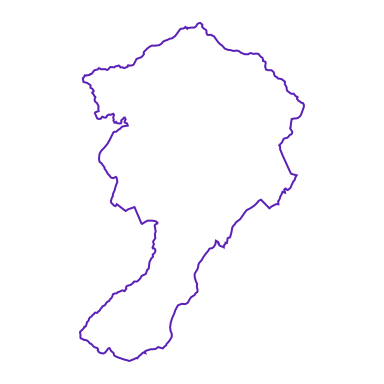 the district of San Francisco, Cundinamarca, Colombia
{"feature_id": "7082276B70253343693819", "entity_name": "San Francisco", "entity_type": "district", "adm_level": 2, "iso_a3": "COL", "parent_name": "Colombia", "parent_adm1": "Cundinamarca", "projection": "mercator", "projection_center": [-74.284, 4.953], "detail": "fine", "context": "isolated", "style": "outline", "palette": "violet", "viewbox_px": 384, "rotation_deg": 0, "n_neighbors": 0, "source": "geoboundaries", "source_scale": "gbopen_adm2", "svg_char_len": 5905}
<svg xmlns="http://www.w3.org/2000/svg" viewBox="0 0 384 384"><path d="M84.4,326.7L84.5,327.2L83.1,328.9L80.0,332.0L80.5,335.2L80.4,337.5L80.7,338.3L82.6,339.0L84.0,340.0L85.2,339.9L86.4,340.2L88.3,341.5L90.0,343.5L91.3,344.0L93.9,346.8L95.9,347.7L97.4,348.1L98.1,349.4L97.7,350.3L98.9,352.1L100.8,353.1L103.7,353.5L105.8,351.9L108.2,348.5L109.5,348.1L111.2,351.1L113.5,352.9L114.0,354.9L114.6,355.8L117.5,357.2L124.4,359.6L126.3,360.0L129.2,361.0L133.2,359.5L136.6,357.9L137.4,358.3L139.2,355.9L141.0,354.6L142.4,353.0L143.4,352.6L145.3,353.1L144.7,351.7L146.1,350.7L151.0,349.2L152.8,349.3L155.8,348.8L158.2,347.1L162.7,348.4L163.1,348.2L164.1,346.9L166.1,345.3L166.7,343.8L169.0,341.4L171.7,337.0L171.8,334.1L170.6,330.9L170.1,327.7L170.6,323.4L171.9,318.7L174.2,313.6L175.4,310.0L177.8,305.5L178.2,305.2L181.3,304.0L182.3,303.8L184.3,304.1L185.4,304.0L187.3,303.1L187.8,302.7L189.8,299.0L191.1,297.2L194.5,295.1L195.8,293.0L197.2,292.2L197.5,291.3L197.5,289.2L197.1,288.4L196.8,286.0L197.2,284.2L195.7,280.7L194.7,277.0L194.6,274.7L195.0,273.1L197.3,269.5L198.1,267.2L198.4,264.8L199.1,263.1L201.6,260.2L203.3,257.2L205.6,253.9L208.5,250.5L209.0,249.2L210.2,248.4L212.1,248.2L213.9,246.8L215.4,244.1L215.9,240.7L217.9,241.8L217.9,242.7L218.9,243.2L218.7,244.5L219.4,245.2L220.6,246.1L222.6,246.8L223.3,246.7L223.8,247.2L224.2,244.9L225.3,244.1L225.5,242.7L227.0,242.8L227.6,238.3L228.4,237.7L229.8,237.6L230.1,237.2L231.4,232.5L232.3,227.4L233.5,225.7L234.9,224.1L236.0,222.3L240.1,219.2L246.2,210.6L246.9,210.0L250.8,208.0L254.8,205.2L256.7,203.3L258.7,200.8L261.0,199.7L269.4,208.3L271.5,206.5L275.7,204.4L276.7,204.1L278.4,204.3L278.2,201.2L279.1,200.1L279.9,198.3L280.3,196.5L281.2,195.1L282.5,191.8L285.0,192.7L284.7,190.7L284.2,189.8L285.3,188.5L285.9,188.6L287.2,189.9L287.7,190.1L290.1,188.2L290.7,187.3L291.8,184.6L293.5,181.2L294.5,180.3L295.4,177.4L296.7,175.3L291.4,173.9L290.6,173.0L282.5,155.1L280.1,149.2L280.1,146.3L279.2,145.5L279.8,144.6L281.8,142.7L283.6,139.0L284.3,138.5L287.5,137.7L289.9,134.9L290.9,134.6L291.9,133.7L292.2,132.8L292.1,131.4L290.1,128.3L290.7,126.8L290.8,124.6L291.7,119.0L294.2,118.5L296.4,118.4L297.6,118.0L298.4,117.7L300.2,116.1L301.2,114.3L303.7,107.4L304.0,105.6L303.4,103.7L302.7,102.9L301.3,102.8L300.3,101.8L298.4,100.7L297.0,98.8L297.0,98.1L297.6,97.2L295.3,95.8L293.9,93.8L291.1,93.7L287.4,91.0L286.8,89.8L286.6,87.4L284.8,84.0L284.9,81.6L281.6,79.1L277.8,78.4L276.8,77.1L275.1,76.3L274.4,75.2L273.8,72.5L272.9,71.3L271.2,70.2L268.0,70.2L266.1,69.6L265.1,66.5L265.7,63.4L265.4,61.8L263.0,60.9L262.9,59.1L262.4,57.8L260.2,56.2L258.6,54.0L256.6,53.6L253.4,53.9L250.4,53.0L248.0,54.3L244.7,54.2L241.1,52.8L238.9,51.1L237.3,50.7L235.8,50.6L234.0,51.0L231.9,50.6L230.7,50.1L228.3,49.9L225.4,48.9L224.6,48.4L222.0,45.4L220.4,44.4L218.4,42.5L214.0,36.4L210.9,34.8L208.0,35.0L207.3,34.7L206.5,33.0L206.4,30.6L205.8,29.8L203.2,28.1L202.0,26.5L202.4,25.1L202.3,24.7L200.4,23.0L198.8,23.2L197.5,23.9L195.9,26.6L193.9,27.6L190.8,27.6L187.9,28.2L187.5,27.8L187.3,27.9L187.5,28.2L187.2,28.6L186.9,28.1L186.6,28.2L186.2,27.9L186.2,27.5L185.7,27.5L185.3,27.0L184.5,27.9L183.6,28.4L180.4,28.9L175.3,35.9L172.9,37.8L171.8,38.4L169.8,38.7L167.2,40.0L164.4,40.9L162.6,42.1L161.9,43.4L159.3,45.1L155.1,45.7L152.0,45.6L150.2,46.4L147.3,48.5L144.1,51.7L143.7,52.4L143.9,54.3L142.1,56.5L140.9,57.4L136.6,58.9L133.8,64.3L133.1,65.0L130.3,65.7L128.1,65.3L127.7,65.8L127.6,66.8L124.3,68.1L122.4,67.3L120.4,67.4L119.5,65.9L118.7,65.5L116.9,66.2L115.6,66.3L114.3,67.3L110.4,67.0L108.0,69.5L107.0,70.0L105.1,69.1L101.1,69.3L99.5,68.3L98.7,68.2L97.8,69.4L94.3,70.3L91.6,73.9L90.3,74.0L89.6,75.0L87.1,75.2L86.1,75.7L85.4,75.3L84.8,75.3L83.9,77.2L82.8,78.3L83.5,82.0L87.1,82.9L90.2,85.0L90.6,85.5L90.4,87.7L92.5,88.9L93.7,90.9L93.6,91.5L92.3,92.4L92.2,93.0L93.7,94.5L94.2,95.9L95.3,96.8L95.4,97.3L94.6,99.0L94.8,101.0L95.3,101.8L97.0,103.1L98.6,106.4L98.3,108.2L98.6,111.2L95.4,112.2L94.9,113.1L97.1,118.3L98.1,118.9L100.7,118.8L102.2,116.7L104.1,117.5L105.9,117.6L106.6,117.0L106.8,115.9L108.7,114.6L110.4,114.8L113.3,113.8L114.0,114.9L113.2,117.4L113.7,119.3L113.4,120.4L114.5,122.7L115.2,122.8L116.1,121.9L117.2,123.2L119.9,123.5L120.8,123.3L121.4,122.6L121.2,120.8L121.4,120.2L123.0,118.9L123.9,117.7L124.7,117.5L125.7,119.4L125.0,120.4L124.6,122.1L125.4,122.9L126.9,123.3L127.8,125.4L127.8,125.7L124.9,126.0L122.0,126.7L119.9,128.9L118.6,129.6L116.6,131.4L116.1,131.7L114.0,131.9L113.4,132.4L109.5,140.3L107.2,144.2L104.1,147.9L101.6,150.4L100.0,152.8L99.4,154.5L99.0,159.0L99.6,161.9L101.2,163.0L104.2,167.0L104.5,167.4L104.5,168.5L106.0,170.6L108.2,174.4L109.2,175.0L110.6,177.2L112.3,178.1L113.5,178.0L115.9,176.9L116.5,177.5L117.2,180.3L117.2,182.5L115.9,185.4L114.4,190.9L112.9,194.0L112.8,196.4L111.9,197.7L110.9,201.2L111.2,202.7L114.2,205.7L115.6,206.1L116.8,204.2L125.6,211.0L128.2,209.3L134.5,207.1L141.4,223.4L142.1,223.9L145.5,221.7L147.7,220.7L152.2,220.7L154.6,221.0L156.1,221.5L157.4,222.5L157.4,223.4L155.9,224.1L154.9,225.0L154.7,225.7L154.7,226.6L155.2,228.0L155.3,229.7L155.7,231.4L154.9,234.3L155.3,238.2L153.2,241.3L153.2,242.1L153.9,244.4L152.5,247.5L152.8,248.3L154.0,248.3L154.8,248.8L155.4,250.2L155.3,251.5L154.3,253.4L152.7,254.5L153.0,256.8L151.4,258.3L149.5,262.0L148.7,268.7L147.2,269.8L146.0,273.4L145.6,274.1L141.8,275.8L139.9,278.9L137.4,281.3L136.7,281.5L134.0,281.6L133.6,281.9L133.3,282.8L131.0,284.6L129.6,285.3L128.5,285.4L126.7,286.1L126.0,287.6L126.3,288.8L125.7,289.3L124.7,291.1L124.2,291.2L123.1,290.5L122.2,290.4L118.5,292.1L117.9,292.1L116.6,293.3L115.4,293.3L113.0,294.2L112.1,297.0L110.9,298.6L110.0,299.2L109.3,300.8L107.5,301.7L106.5,302.7L104.9,305.2L102.4,306.4L102.1,307.2L100.9,308.4L99.6,310.6L98.0,311.7L97.5,312.6L97.0,312.9L95.0,312.6L93.5,314.5L92.6,315.0L91.8,316.2L89.7,317.7L89.0,318.9L88.9,319.6L88.3,321.0L86.8,322.3L86.8,323.3L86.0,325.9L85.4,326.6L84.4,326.7Z" fill="none" stroke="#5b21b6" stroke-width="2"/></svg>